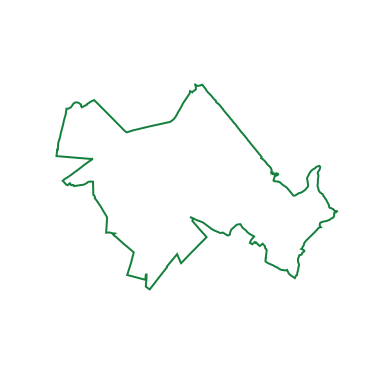 outline of Rogova, Mehedinti, Romania, rotated 17°
{"feature_id": "2599482B76959317413868", "entity_name": "Rogova", "entity_type": "district", "adm_level": 2, "iso_a3": "ROU", "parent_name": "Romania", "parent_adm1": "Mehedinti", "projection": "robinson", "projection_center": [22.834, 44.475], "detail": "fine", "context": "isolated", "style": "outline", "palette": "green", "viewbox_px": 384, "rotation_deg": 17, "n_neighbors": 0, "source": "geoboundaries", "source_scale": "gbopen_adm2", "svg_char_len": 6007}
<svg xmlns="http://www.w3.org/2000/svg" viewBox="0 0 384 384"><g transform="rotate(17 192 192)"><path d="M335.9,169.1L336.0,168.5L336.4,168.0L336.3,167.9L335.7,168.1L334.2,168.3L332.9,167.8L332.4,167.4L332.1,167.1L331.2,167.1L329.5,166.7L328.5,166.9L328.2,166.7L327.6,166.3L326.9,165.0L326.8,164.7L325.7,163.3L324.1,161.8L322.6,160.2L321.1,159.1L319.8,157.9L318.7,157.2L318.5,156.9L318.0,156.1L317.7,155.9L316.6,155.7L315.8,155.3L314.9,155.1L314.4,154.8L313.8,154.4L312.4,153.1L312.2,152.7L311.9,151.8L310.7,150.2L310.0,148.7L310.0,147.7L309.7,146.7L309.6,146.1L308.7,143.1L308.5,141.9L308.5,141.2L308.2,139.6L307.7,138.6L307.0,137.9L306.6,136.8L306.7,135.8L307.2,134.4L307.5,132.4L307.3,130.7L307.2,130.4L306.6,130.0L305.9,129.8L303.4,131.8L302.6,133.4L301.3,134.8L300.3,136.1L299.6,137.5L299.1,138.9L298.7,140.5L298.6,141.6L298.1,144.2L298.0,145.1L298.2,145.7L298.7,146.6L300.6,150.5L301.2,151.9L301.3,152.7L301.1,153.4L300.3,155.1L299.9,156.3L299.6,156.9L297.2,160.0L295.6,161.3L294.5,161.9L291.8,165.1L290.9,165.6L289.9,165.8L285.9,163.0L283.8,161.7L281.3,160.0L276.8,158.7L275.6,158.2L274.0,157.2L271.4,156.8L271.1,157.1L269.6,157.1L268.7,157.4L267.2,157.6L266.6,157.2L266.5,152.4L267.5,152.0L269.0,150.6L269.2,149.7L268.7,149.4L268.3,149.6L267.5,149.4L267.2,149.6L266.8,150.3L266.5,150.0L265.8,150.1L265.1,151.0L264.1,151.2L263.9,150.7L263.2,150.9L263.7,150.0L263.4,149.6L262.0,149.8L262.1,149.4L262.0,148.5L261.3,147.1L260.6,146.2L258.9,145.0L256.8,144.0L255.4,143.2L254.7,142.4L254.3,142.2L254.0,142.1L253.1,141.4L249.9,139.8L248.2,139.5L248.3,138.2L247.6,137.6L246.7,136.9L244.7,135.7L232.6,127.6L232.3,127.2L231.6,126.9L230.6,126.3L228.5,124.6L227.2,123.9L225.8,122.8L224.7,122.2L222.7,120.8L221.9,120.5L215.2,115.7L214.0,114.7L213.2,114.2L212.6,114.0L210.4,112.6L210.0,112.4L209.7,111.9L209.3,111.6L208.9,111.5L207.9,110.9L204.0,108.2L202.7,107.5L197.8,104.2L197.2,103.6L195.3,102.5L194.8,101.9L191.8,100.1L188.9,99.1L188.5,98.5L188.2,97.8L185.9,96.7L181.8,94.0L178.2,92.1L177.1,91.3L176.4,90.9L175.9,90.5L175.6,90.0L170.4,86.4L168.0,88.1L166.8,88.7L166.2,88.9L165.1,88.7L164.3,88.5L163.8,88.2L163.6,88.3L164.6,89.8L165.3,91.4L165.5,92.2L165.6,92.7L165.5,93.2L165.3,93.6L164.6,94.2L163.4,95.8L163.2,96.6L160.7,96.1L160.9,98.6L157.5,109.8L156.9,113.4L155.3,120.2L154.5,124.2L153.5,127.1L152.5,128.9L150.5,131.4L131.0,142.4L117.6,150.3L112.4,153.9L111.7,154.0L108.7,152.7L104.6,150.4L76.7,135.4L71.5,132.7L68.1,135.8L67.8,136.5L65.9,138.6L66.1,139.1L61.9,143.2L61.0,142.5L60.2,140.8L57.2,139.8L55.6,140.0L54.4,140.4L53.8,140.9L53.3,141.4L52.8,142.2L51.6,146.0L51.2,146.7L49.5,148.3L48.4,148.9L47.6,149.1L48.0,150.2L47.9,151.0L48.1,152.6L48.5,154.1L48.5,154.5L48.6,160.8L49.0,165.0L49.3,173.0L49.4,174.0L49.4,175.1L49.7,177.0L49.8,179.1L49.7,184.1L51.3,190.8L50.6,191.0L50.9,191.9L51.9,197.3L85.4,190.0L86.4,189.8L86.9,189.5L87.0,189.7L86.7,190.4L85.3,192.0L81.7,196.7L76.0,204.8L74.1,207.2L71.3,211.1L67.9,215.3L67.4,215.7L66.0,217.6L65.1,219.0L65.9,219.5L69.4,221.6L70.5,221.9L71.0,221.9L71.3,221.5L72.4,219.6L72.6,219.4L72.8,219.3L73.1,219.4L73.8,220.6L74.2,220.8L74.8,220.7L76.3,220.0L76.5,220.0L77.0,220.7L77.6,220.8L83.2,218.1L83.4,218.0L83.8,217.8L84.0,217.7L86.3,216.7L88.6,214.4L89.7,212.8L90.5,212.3L91.4,211.8L94.3,211.1L97.6,220.9L98.4,223.5L99.1,223.7L99.9,224.4L100.8,225.3L100.8,226.3L103.4,228.1L109.3,232.9L112.5,235.9L116.8,239.7L118.1,241.1L118.3,241.4L119.5,246.3L121.8,256.0L124.6,254.9L125.1,254.9L125.8,254.7L126.9,254.8L127.6,254.8L129.6,254.4L130.3,254.3L129.2,255.8L131.1,256.8L132.5,257.2L139.2,260.3L140.9,261.2L142.9,262.0L144.0,262.4L153.9,266.7L154.1,269.0L154.1,271.7L154.3,273.0L154.2,274.3L154.4,276.4L154.4,280.3L154.3,290.3L173.1,289.6L173.0,288.7L172.7,288.1L172.0,284.4L172.7,284.2L174.0,289.1L175.1,294.3L175.4,295.8L175.9,296.2L176.5,296.3L179.9,297.6L180.1,297.3L182.5,291.1L185.3,283.6L190.1,271.3L189.7,270.7L195.3,257.4L195.9,255.8L202.3,263.3L203.0,262.2L204.5,259.2L208.2,251.8L209.9,248.5L211.0,246.5L213.7,241.2L215.4,238.1L215.5,237.6L215.9,237.2L219.1,230.9L218.1,230.2L209.9,225.3L203.8,221.4L200.8,219.6L200.7,219.4L200.7,219.2L201.1,217.4L200.2,217.0L198.0,216.6L197.6,216.4L201.3,216.9L202.5,217.2L203.6,217.3L204.8,217.5L209.0,217.7L211.1,217.9L212.2,218.2L218.3,220.4L220.9,221.4L223.2,222.0L224.9,222.3L230.9,222.9L232.0,222.6L233.2,221.8L233.4,221.8L235.9,222.4L237.0,222.8L239.2,223.1L239.6,222.6L240.2,222.2L240.6,221.7L240.6,221.2L240.4,220.5L240.3,219.0L240.5,217.2L240.7,216.2L241.2,215.3L242.2,213.8L243.8,211.0L244.3,210.3L245.8,209.4L247.7,208.6L248.7,209.4L249.9,210.6L251.2,211.6L254.3,212.7L256.9,214.3L259.5,215.3L260.4,215.5L260.8,215.5L264.4,216.4L262.8,220.0L262.4,221.3L262.3,223.3L262.4,223.8L262.8,223.7L264.9,224.4L266.5,221.7L267.5,222.1L267.8,221.4L271.0,223.2L272.6,223.8L274.7,220.8L277.4,222.4L277.8,222.8L278.3,224.1L278.9,224.6L279.6,224.8L279.8,225.1L280.2,225.4L280.5,226.0L281.7,232.9L281.9,232.7L282.0,232.9L282.1,235.0L282.4,236.6L282.6,236.8L283.5,237.4L284.9,237.6L287.5,238.1L291.1,238.4L292.9,238.9L296.2,239.4L298.0,240.0L299.5,240.3L301.2,240.2L304.7,239.6L305.1,239.3L305.2,239.0L305.3,238.9L305.7,238.7L305.9,238.9L306.2,239.4L307.4,240.4L307.9,241.3L308.3,241.6L309.9,242.5L315.5,244.3L316.1,241.1L316.7,240.8L316.6,239.5L316.3,238.3L316.2,234.8L315.8,232.8L315.8,230.8L315.2,229.5L314.4,228.7L313.9,227.8L312.9,225.1L312.9,224.5L313.2,222.6L313.0,221.4L313.4,220.8L315.2,219.8L315.3,219.5L315.2,218.4L315.2,218.0L315.6,217.3L316.0,217.0L316.5,216.2L316.7,215.5L316.2,215.1L315.5,214.8L313.2,214.5L313.6,214.0L314.3,210.5L314.4,209.8L314.3,207.8L315.4,205.0L319.5,197.5L321.3,194.2L322.2,192.2L322.8,191.3L323.4,189.5L323.6,189.2L324.3,188.7L325.5,188.0L324.8,187.6L324.0,186.8L323.9,186.5L323.6,185.1L323.7,183.9L323.9,183.6L326.9,181.4L328.7,180.8L329.6,180.0L331.3,178.7L331.8,178.3L332.6,177.0L333.4,176.2L334.1,175.7L334.5,175.1L334.8,174.4L334.9,173.7L334.9,173.0L334.3,171.4L334.1,170.5L334.4,170.0L334.8,169.8L335.3,169.7L335.9,169.1Z" fill="none" stroke="#15803d" stroke-width="2"/></g></svg>